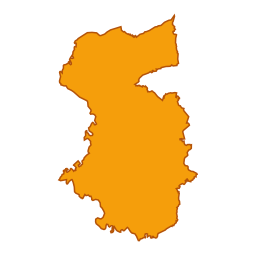 outline of Bombali, Northern, Sierra Leone
{"feature_id": "65957751B29483301504535", "entity_name": "Bombali", "entity_type": "district", "adm_level": 2, "iso_a3": "SLE", "parent_name": "Sierra Leone", "parent_adm1": "Northern", "projection": "orthographic", "projection_center": [-12.185, 9.331], "detail": "fine", "context": "isolated", "style": "filled", "palette": "amber", "viewbox_px": 256, "rotation_deg": 0, "n_neighbors": 0, "source": "geoboundaries", "source_scale": "gbopen_adm2", "svg_char_len": 5763}
<svg xmlns="http://www.w3.org/2000/svg" viewBox="0 0 256 256"><path d="M104.0,229.5L105.1,229.0L105.7,228.1L106.1,225.3L106.7,224.2L107.9,224.5L108.6,226.3L109.5,227.0L111.1,225.8L111.9,225.7L112.8,226.0L113.1,226.6L112.2,227.7L112.0,230.7L110.9,231.0L110.6,231.5L111.1,232.7L112.5,232.4L113.3,231.6L113.7,230.1L113.6,227.9L114.3,226.7L116.4,230.1L117.3,230.9L119.8,232.1L120.7,232.1L120.7,230.5L121.8,229.7L122.5,229.7L123.3,230.7L124.3,230.6L127.3,227.4L128.3,228.2L130.6,231.8L131.9,233.0L134.9,233.8L136.4,236.0L138.4,240.6L139.4,240.6L140.3,238.9L141.8,238.7L144.0,237.4L145.3,237.8L145.6,237.2L144.8,235.8L145.3,233.9L146.9,233.7L147.5,234.1L147.1,235.4L147.5,236.9L148.7,235.9L150.1,235.9L150.8,236.2L150.6,237.7L151.1,238.0L151.8,238.0L152.8,236.4L153.3,236.5L153.3,237.5L154.3,237.4L155.7,238.0L156.7,237.7L157.5,236.3L157.6,234.9L158.1,233.5L165.3,230.0L166.5,228.8L171.1,226.1L172.0,226.4L172.5,225.3L173.7,225.6L174.8,223.7L176.2,222.7L176.2,220.8L177.0,221.1L177.4,220.5L177.7,219.7L176.7,218.2L177.2,216.8L176.5,213.0L177.0,212.1L176.8,210.5L177.4,208.2L176.8,207.5L178.3,206.2L179.0,204.5L179.7,204.3L179.7,203.6L179.5,201.2L178.7,199.9L178.6,197.6L179.2,193.2L178.3,192.8L178.9,191.9L177.6,191.4L177.5,190.4L176.3,188.6L177.7,188.2L179.1,188.4L180.0,186.8L179.0,186.0L180.1,184.8L182.3,183.6L184.0,184.4L184.5,184.1L186.0,182.0L185.2,180.8L185.5,180.3L186.6,180.3L187.2,181.0L187.5,180.5L186.8,179.2L187.2,179.0L188.7,181.2L190.8,181.7L191.1,180.5L192.6,180.1L193.4,178.7L194.1,178.5L194.2,177.1L195.1,176.6L196.0,176.9L196.2,174.6L197.1,174.3L196.8,173.5L193.1,171.5L191.2,171.3L188.6,169.9L188.0,168.5L188.1,166.9L187.5,166.0L185.2,165.6L183.8,163.4L184.4,158.8L185.1,157.4L186.6,156.5L187.8,155.2L187.2,152.5L188.7,150.1L189.8,149.7L191.3,148.4L191.4,144.8L190.6,145.1L190.0,144.5L187.3,144.6L186.6,145.4L185.5,145.1L184.7,144.4L184.2,143.2L184.0,141.1L182.4,141.6L181.8,140.0L180.0,139.7L180.0,138.9L181.8,138.6L182.4,139.1L184.6,138.9L182.7,131.7L183.4,130.4L189.4,125.3L189.0,124.0L187.8,122.9L186.6,123.0L188.7,116.7L184.0,111.0L183.5,109.8L183.9,108.5L181.5,107.8L180.3,105.8L179.6,105.8L178.6,105.1L177.4,101.5L178.4,100.1L178.1,99.1L178.6,98.6L179.4,98.7L179.5,98.1L177.9,96.2L177.1,96.0L176.3,97.5L175.8,97.1L176.6,92.9L174.9,92.6L171.8,93.1L170.8,92.8L168.4,93.3L166.8,94.3L165.8,93.8L164.7,95.7L163.9,95.9L163.4,97.3L164.1,97.3L163.9,98.3L163.1,98.4L162.5,100.4L157.6,96.6L154.4,92.6L153.5,92.3L152.6,91.2L151.9,90.9L151.2,91.4L149.0,91.9L148.2,91.3L147.8,91.6L147.0,89.2L147.4,88.8L147.3,88.0L145.7,86.3L145.6,86.7L145.2,86.8L143.1,85.8L142.3,86.0L142.3,86.8L140.7,86.3L139.6,85.4L139.1,85.9L138.2,85.3L137.2,86.0L136.4,85.5L135.9,85.7L135.7,84.7L134.9,84.3L138.3,82.1L139.0,81.1L138.6,80.0L139.5,78.1L142.7,75.1L148.6,72.9L150.2,71.7L151.5,72.6L152.2,72.4L153.0,71.5L153.1,71.0L152.4,70.8L152.9,70.4L154.0,71.4L156.3,71.1L156.7,70.4L156.3,69.1L157.5,69.3L158.5,68.8L160.8,68.6L161.2,67.6L165.9,66.5L170.1,66.3L171.7,65.0L172.0,65.6L172.8,65.5L173.2,65.9L176.9,65.5L177.1,64.2L178.5,63.3L177.7,59.1L178.1,53.8L177.2,52.8L177.6,52.0L176.6,49.9L176.3,47.3L176.6,46.3L176.1,45.3L176.2,44.3L175.5,43.0L175.7,38.2L176.5,34.8L175.8,34.3L174.6,34.4L173.7,33.9L173.0,32.6L173.0,31.5L174.3,31.1L174.4,30.2L175.3,29.3L174.1,28.0L174.7,26.9L172.5,24.5L172.6,22.0L173.1,21.4L174.5,16.3L174.3,15.4L171.2,19.9L168.8,20.3L164.5,22.3L161.1,25.4L158.1,25.9L157.4,26.6L155.2,26.9L149.4,30.5L146.3,31.7L144.9,31.8L143.5,33.4L140.0,34.3L136.5,37.2L135.9,36.1L134.7,36.8L134.9,35.9L133.9,36.4L133.2,35.8L133.4,36.8L132.3,36.2L131.7,35.2L130.8,35.4L130.3,34.5L130.0,34.9L129.4,34.8L129.1,34.1L128.7,33.9L128.1,34.3L126.1,33.2L124.5,31.6L123.5,31.9L121.5,30.3L120.9,26.7L110.6,29.9L107.1,32.0L104.7,34.1L100.8,35.6L99.6,35.5L96.7,32.9L92.0,32.4L87.3,32.7L78.1,38.6L77.4,39.6L75.2,41.0L74.4,42.8L74.8,43.4L75.3,43.6L75.9,43.1L76.3,43.8L76.0,46.8L75.1,46.5L74.5,46.8L74.2,48.0L74.5,49.3L73.0,51.9L72.8,54.2L71.3,56.5L72.7,56.2L73.5,57.9L72.6,58.4L70.3,58.1L69.6,59.4L71.3,62.9L71.3,64.2L70.7,64.7L69.3,63.6L69.6,62.3L69.1,61.5L68.5,62.0L68.4,63.0L65.9,64.5L63.9,64.9L63.4,65.6L63.4,68.3L62.2,70.7L62.2,73.0L60.6,71.5L59.9,71.6L59.6,72.5L60.6,76.6L59.5,81.0L59.7,82.7L60.9,83.8L60.9,84.8L64.1,85.9L66.0,85.8L67.8,88.6L71.5,90.4L73.7,91.9L79.6,97.1L86.9,100.7L87.7,102.0L88.1,106.3L90.8,109.6L91.1,111.0L90.0,113.2L90.7,114.2L92.2,113.9L93.9,114.3L95.0,115.2L95.8,116.6L94.7,120.5L96.5,124.0L95.5,124.7L94.4,124.7L93.8,123.2L92.8,122.4L91.7,123.3L90.2,126.6L88.6,127.9L89.2,130.8L92.3,133.0L92.9,134.2L92.4,135.4L90.3,135.7L89.1,135.0L88.1,133.2L87.0,132.6L86.7,130.7L86.0,130.9L85.4,131.9L85.7,135.6L84.2,137.5L84.4,140.1L87.1,138.4L88.5,138.9L90.6,141.4L90.5,142.8L91.0,144.9L89.1,147.1L88.1,150.7L88.1,151.9L89.3,153.2L86.5,155.3L84.2,157.8L83.6,159.8L82.3,160.6L82.0,161.7L82.5,162.9L82.4,164.3L81.3,165.0L81.0,165.8L80.0,166.1L79.5,166.7L78.8,166.6L78.3,165.1L79.8,164.1L80.1,163.4L78.1,160.9L73.6,165.0L73.6,165.3L74.3,165.5L76.2,167.7L75.3,169.1L75.9,170.1L75.6,170.5L74.2,170.5L73.7,171.2L72.3,169.4L71.0,168.5L70.5,168.9L70.0,170.3L67.4,172.2L66.6,172.0L66.1,171.0L67.9,169.4L66.9,168.5L65.8,168.7L65.4,169.6L63.5,170.6L63.5,171.4L64.2,171.3L63.7,173.9L62.1,174.5L61.8,175.7L60.3,177.4L59.7,179.0L58.9,179.9L60.6,180.7L66.5,179.6L66.3,182.7L66.7,183.8L67.5,183.9L69.3,181.3L71.5,179.6L72.1,179.6L73.2,182.4L74.3,186.9L74.6,191.8L75.9,193.2L79.1,194.6L79.2,196.2L80.9,197.9L81.6,197.8L82.2,198.6L82.9,198.3L84.9,194.5L86.0,195.6L88.5,195.1L89.6,196.4L90.9,196.2L91.7,198.2L91.8,199.7L92.9,200.4L95.6,199.4L98.3,200.0L100.1,202.7L100.5,206.5L102.1,208.1L104.1,211.7L104.6,213.5L103.0,217.5L101.2,218.8L100.3,218.9L97.7,217.9L95.7,219.2L95.6,221.9L96.2,223.7L99.5,226.4L101.3,228.6L104.0,229.5Z" fill="#f59e0b" stroke="#b45309" stroke-width="1.5"/></svg>